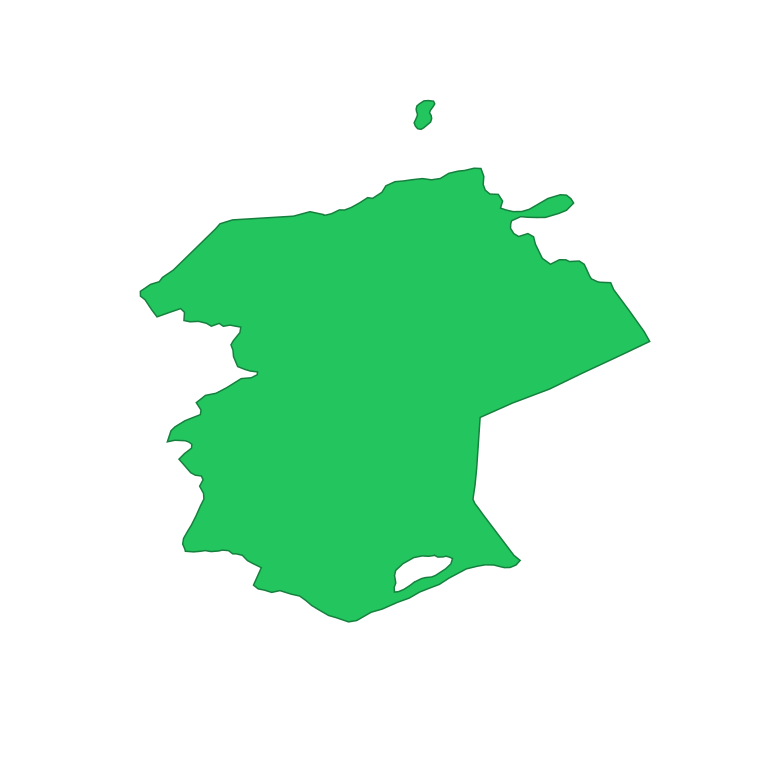 Krokom, Jämtland, Sweden, rotated 147°
{"feature_id": "70781695B96181238671333", "entity_name": "Krokom", "entity_type": "district", "adm_level": 2, "iso_a3": "SWE", "parent_name": "Sweden", "parent_adm1": "Jämtland", "projection": "robinson", "projection_center": [14.211, 63.788], "detail": "fine", "context": "isolated", "style": "filled", "palette": "green", "viewbox_px": 768, "rotation_deg": 147, "n_neighbors": 0, "source": "geoboundaries", "source_scale": "gbopen_adm2", "svg_char_len": 3317}
<svg xmlns="http://www.w3.org/2000/svg" viewBox="0 0 768 768"><g transform="rotate(147 384 384)"><path d="M365.9,161.9L368.4,169.6L371.8,216.8L372.1,221.1L372.5,229.0L372.9,234.0L372.2,238.9L363.0,249.3L352.6,262.3L336.6,283.6L321.6,303.6L286.8,298.1L247.8,289.6L212.6,285.2L168.3,279.0L138.0,275.0L137.3,286.4L138.4,312.5L140.0,337.9L138.7,345.5L147.3,351.6L149.2,353.4L152.8,359.2L152.8,362.4L151.5,370.7L150.9,375.4L153.3,380.8L161.9,385.8L163.8,389.1L169.3,392.7L179.2,393.8L182.8,403.2L180.9,418.7L178.4,426.0L181.4,431.8L190.7,434.3L193.2,439.4L193.1,445.6L190.6,449.2L188.1,451.4L178.2,449.9L172.7,445.6L165.3,440.5L157.9,435.8L144.3,431.8L136.3,430.3L126.4,432.5L126.3,437.6L128.1,443.0L133.1,446.7L145.4,450.3L159.7,451.0L167.1,451.4L174.5,453.6L181.9,458.3L186.8,463.4L190.5,468.1L184.9,472.8L184.9,480.8L191.7,485.6L193.5,491.4L192.2,497.2L187.2,503.8L185.3,511.9L190.9,515.9L200.2,519.2L205.7,522.1L215.0,525.4L224.9,525.7L233.0,529.4L236.1,532.1L239.8,535.3L249.1,540.0L257.1,543.7L264.6,547.7L274.5,549.2L281.3,545.9L292.5,545.9L296.2,549.2L305.5,549.2L315.5,549.9L322.3,551.4L326.6,554.3L335.3,555.4L341.5,557.6L342.5,558.3L342.3,558.9L352.2,568.8L368.6,574.1L421.6,604.1L434.2,607.7L441.0,605.8L498.6,594.3L508.3,594.1L511.8,594.0L516.8,592.2L525.5,594.7L537.9,594.4L540.4,590.3L538.5,584.8L538.4,572.7L537.8,563.9L526.6,561.3L513.5,558.0L512.3,552.8L517.2,546.2L512.9,541.9L505.4,537.5L499.8,531.6L497.3,526.5L489.2,524.6L487.3,519.9L481.1,517.3L477.4,513.7L473.1,509.7L476.8,505.6L486.7,502.4L491.0,500.2L492.2,494.7L495.3,488.9L497.2,478.3L492.8,472.1L489.1,467.7L483.5,463.0L485.3,460.8L492.1,461.6L500.8,466.3L518.2,466.6L529.9,467.7L539.9,471.7L551.6,470.6L551.6,461.9L554.7,458.3L563.4,460.1L570.8,461.6L582.6,461.9L588.1,460.8L597.2,453.5L596.1,453.1L590.0,450.7L581.6,444.7L579.2,441.5L578.0,438.1L580.4,435.0L589.2,434.3L596.9,432.6L595.6,423.6L594.4,414.9L592.0,410.4L587.3,406.3L587.9,402.2L594.3,398.7L594.9,390.6L597.7,385.6L604.2,381.8L613.1,376.0L622.5,370.5L628.0,367.9L636.2,363.7L640.0,359.4L641.0,353.7L641.7,351.9L635.1,346.9L629.3,343.8L624.7,341.7L620.4,337.7L613.8,334.1L610.0,332.7L605.1,328.9L603.4,324.0L600.3,321.9L596.1,317.5L594.7,310.3L591.9,305.1L586.9,296.8L592.9,292.9L603.0,286.4L601.1,280.7L596.6,276.3L591.7,270.4L583.8,267.4L576.2,258.2L570.2,252.1L567.5,245.2L565.2,237.4L561.4,229.6L556.5,220.0L551.2,213.9L543.3,203.8L535.7,200.5L519.2,199.6L508.0,196.2L491.8,193.6L479.8,190.8L479.0,190.7L467.4,190.1L456.9,188.0L446.8,185.8L435.2,185.8L415.6,184.1L405.1,180.4L397.6,177.2L390.5,172.4L386.0,167.5L383.0,164.4L378.1,161.4L371.8,160.3L365.9,161.9ZM466.1,201.4L471.9,200.9L479.1,200.9L485.1,202.0L488.5,203.8L486.2,207.9L482.5,210.7L480.6,215.0L479.5,217.6L475.7,221.3L466.0,223.0L453.6,222.2L445.7,219.1L440.4,215.2L435.0,212.7L434.9,212.8L433.1,209.5L428.6,206.8L425.7,205.8L423.3,203.0L421.6,200.3L425.9,196.7L432.9,195.4L445.1,195.4L449.2,196.2L454.7,199.1L458.6,200.4L466.0,201.3L466.1,201.4ZM192.5,597.6L195.0,599.0L196.3,599.7L201.6,599.7L204.9,599.3L207.2,597.2L208.3,594.8L208.8,592.5L210.1,590.7L212.4,589.2L216.5,586.6L217.2,583.2L216.7,579.7L214.2,577.4L210.9,577.2L210.7,577.3L202.3,578.3L199.4,580.7L198.2,583.6L198.1,586.6L196.3,588.1L191.2,590.1L188.9,591.3L188.4,594.2L192.5,597.6Z" fill="#22c55e" stroke="#15803d" stroke-width="1.5"/></g></svg>